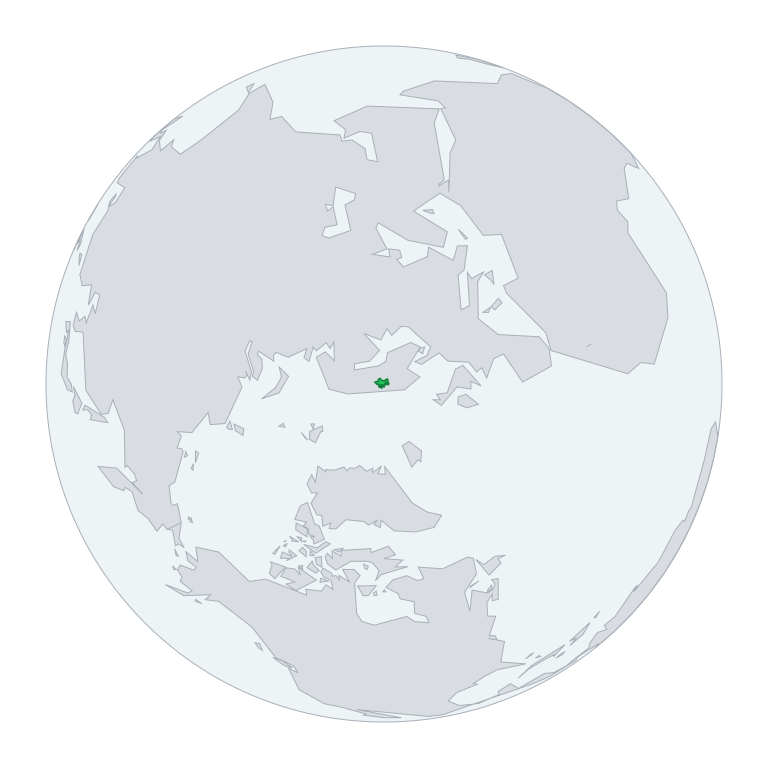 the Earth from above Nord-Trøndelag, rotated 230°
{"feature_id": "NOR-925", "entity_name": "Nord-Trøndelag", "entity_type": "County", "adm_level": 1, "iso_a3": "NOR", "parent_name": "Norway", "parent_adm1": "", "projection": "orthographic", "projection_center": [11.396, 64.165], "detail": "fine", "context": "on_globe", "style": "filled", "palette": "green", "viewbox_px": 768, "rotation_deg": 230, "n_neighbors": 0, "source": "natural_earth", "source_scale": "10m", "svg_char_len": 14529}
<svg xmlns="http://www.w3.org/2000/svg" viewBox="0 0 768 768"><g transform="rotate(230 384 384)"><circle cx="384" cy="384" r="338" fill="#eef3f6" stroke="#a8b0b8"/><path d="M46.2,376.8L47.0,381.9L49.6,364.9L50.2,356.1L49.0,353.5L53.7,321.8L59.1,304.4L93.0,216.2L100.7,204.5L107.4,197.8L152.2,153.8L117.3,182.7L128.3,169.6L143.4,155.5L142.6,158.2L162.9,144.3L177.4,132.8L204.3,122.5L227.7,128.2L218.5,132.3L225.2,133.7L237.2,128.7L243.5,125.2L282.9,126.6L323.8,117.6L333.7,108.4L333.9,115.9L350.6,94.5L370.9,87.6L349.8,99.5L349.0,104.1L363.7,101.1L366.1,105.2L374.5,106.3L376.1,111.6L363.6,118.7L364.4,122.4L374.7,120.2L382.8,124.5L367.5,127.1L380.0,135.0L361.5,149.4L319.3,153.9L310.7,167.9L271.8,189.1L277.0,192.2L265.6,202.9L267.4,210.6L259.6,212.8L267.7,217.2L274.5,213.8L280.3,214.6L282.0,219.0L272.4,222.4L270.1,220.7L268.2,224.0L262.7,223.9L266.4,226.4L254.6,230.3L268.6,233.1L261.2,241.8L252.7,242.6L250.6,233.8L225.7,215.5L216.5,214.4L205.6,221.3L191.3,252.0L182.3,254.8L172.4,264.9L178.6,267.1L188.6,260.1L197.8,267.2L209.0,258.3L214.3,260.0L227.0,254.8L228.2,265.1L222.5,278.2L212.0,283.2L209.2,289.3L221.7,292.5L204.7,310.2L197.8,336.6L193.0,340.4L179.1,332.7L172.7,311.9L154.7,303.8L169.5,319.0L157.3,329.0L156.7,335.0L159.1,340.5L165.0,340.7L161.5,346.4L145.6,333.0L148.5,327.6L153.5,331.8L150.4,322.3L139.6,314.2L134.3,320.3L123.6,302.9L119.7,307.3L115.2,306.2L122.1,300.3L109.4,310.8L96.0,294.8L78.4,312.8L92.3,287.1L95.2,273.9L97.2,259.9L94.1,262.5L100.8,241.6L99.9,229.4L89.2,235.0L78.6,250.9L72.2,272.6L75.1,273.8L73.1,288.4L64.3,291.3L59.2,320.6L53.8,328.6L50.9,342.1L50.9,354.3L50.1,371.2L53.1,374.9L56.4,387.7L52.7,396.9L57.4,397.7L57.3,411.1L66.0,442.6L64.4,442.2L71.2,479.3L84.5,512.3L87.5,525.2L85.4,525.8L91.3,536.6L91.5,539.3L120.3,581.0L139.5,605.9L141.8,613.7L131.6,607.4L132.7,609.9L116.4,590.3L101.6,569.6L88.4,547.8L76.9,525.1L67.2,501.6L59.2,477.4L53.1,452.7L48.9,427.6L46.6,402.3L46.2,376.8ZM73.4,316.4L68.0,355.0L66.2,338.2L67.4,340.2L69.8,329.2L72.6,311.7L72.4,297.8L73.4,316.4ZM81.8,321.8L82.4,315.8L82.5,321.1L81.8,321.8ZM245.9,123.1L237.2,128.3L225.4,131.4L232.4,126.6L245.9,123.1ZM268.6,118.8L265.2,122.0L258.1,119.6L262.2,118.4L268.6,118.8ZM340.2,101.1L332.7,103.3L339.2,99.8L340.2,101.1ZM375.4,105.6L376.8,103.7L380.6,105.1L375.4,105.6ZM225.5,249.6L226.2,252.1L223.5,251.8L225.5,249.6ZM230.3,245.0L226.7,242.7L228.4,240.2L230.6,241.7L230.3,245.0ZM386.5,114.6L392.1,117.7L384.2,115.8L386.5,114.6ZM234.5,248.4L232.0,236.1L235.1,231.9L246.3,233.9L234.5,248.4ZM394.0,120.3L408.0,128.1L412.2,124.5L408.0,139.5L397.6,127.7L387.1,125.7L393.6,123.9L394.0,120.3ZM275.9,210.8L268.8,214.6L273.1,207.5L275.9,210.8ZM277.3,206.0L282.4,183.6L293.7,180.4L289.7,188.4L303.1,181.4L306.1,190.9L299.4,196.9L291.5,197.0L298.7,200.6L277.3,206.0ZM403.4,146.8L404.9,149.9L400.9,148.1L403.4,146.8ZM282.9,214.5L283.0,210.1L292.8,207.0L294.5,215.2L290.8,213.6L282.9,214.5ZM305.1,175.1L312.7,174.5L317.3,181.9L320.8,182.7L307.1,190.9L305.1,175.1ZM289.4,216.5L295.2,219.6L292.1,225.1L283.6,218.6L289.4,216.5ZM294.6,202.7L299.3,201.7L297.3,205.0L294.6,202.7ZM284.3,247.0L284.1,241.5L289.2,239.3L284.3,247.0ZM297.5,220.4L298.5,218.5L300.5,217.1L303.6,220.2L297.5,220.4ZM311.3,195.7L311.6,199.0L317.1,192.7L320.7,198.2L310.9,202.8L316.7,203.1L317.8,204.9L308.6,206.7L311.3,195.7ZM312.6,219.4L301.4,227.5L300.7,238.0L296.1,240.1L298.2,222.9L312.6,219.4ZM311.1,211.7L311.0,216.9L305.4,216.8L301.9,213.2L311.1,211.7ZM326.7,200.4L323.7,190.7L325.9,190.1L326.7,200.4ZM313.5,222.4L316.2,220.4L314.1,223.2L313.5,222.4ZM323.9,207.1L322.5,203.7L325.1,203.1L323.9,207.1ZM322.7,219.4L319.1,221.9L316.6,219.5L322.7,219.4ZM324.2,213.8L328.1,213.8L317.9,217.1L323.1,212.4L324.2,213.8ZM326.6,207.1L327.7,205.6L326.8,208.6L326.6,207.1ZM334.1,227.4L322.0,232.2L316.5,226.7L329.1,222.7L334.1,227.4ZM721.4,366.0L721.5,376.9L719.7,374.3L718.3,380.1L714.9,368.5L706.4,362.6L706.2,380.0L702.5,373.5L690.9,375.6L688.5,400.5L687.3,448.8L693.2,467.4L690.1,485.4L671.2,480.1L659.9,466.7L654.8,477.6L633.9,478.4L603.0,510.4L597.0,507.9L591.5,516.4L576.5,520.8L566.8,515.2L558.4,522.0L584.0,535.6L592.8,528.1L597.9,511.3L603.6,518.1L617.8,514.9L607.7,549.8L559.2,603.2L551.9,590.4L501.6,561.4L501.7,554.8L501.4,554.2L500.6,553.2L498.7,564.5L489.2,556.9L518.7,583.4L524.8,595.9L558.5,604.5L556.0,608.4L566.1,607.5L595.2,582.1L595.9,587.0L583.7,617.5L541.1,664.1L545.4,672.6L539.9,681.2L510.2,696.5L509.8,697.6L483.6,706.9L456.7,714.0L429.4,718.9L401.7,721.5L385.4,717.6L396.9,711.9L394.7,706.5L368.7,690.6L374.6,679.7L367.0,674.5L351.7,675.0L342.7,667.9L333.2,666.8L272.2,658.9L252.3,644.2L225.5,603.8L235.5,594.5L235.0,577.4L302.3,533.5L319.2,540.9L375.2,536.3L382.6,538.8L378.8,554.8L423.1,570.1L434.0,555.7L471.3,557.4L494.3,549.4L497.6,517.7L459.8,530.3L450.5,517.4L478.5,494.8L511.1,483.2L508.5,477.9L485.6,473.1L490.7,458.5L477.4,470.3L484.6,474.3L476.4,482.0L469.4,478.8L471.4,473.7L461.0,474.3L453.7,499.3L460.2,506.1L434.2,516.5L442.6,529.0L436.3,536.8L419.9,518.7L419.7,510.7L391.2,490.7L389.1,499.9L415.8,519.6L408.5,518.9L405.8,532.3L402.1,521.5L373.4,498.2L348.4,503.3L320.5,533.2L305.1,533.3L290.2,523.9L296.3,491.4L330.2,494.9L332.8,484.2L322.6,466.4L333.7,469.3L333.7,462.7L346.2,463.0L360.4,447.7L372.5,446.1L374.9,425.3L381.4,421.9L378.2,435.0L382.4,443.6L412.3,439.3L417.1,434.1L416.2,421.2L424.5,421.9L419.8,409.9L435.4,401.2L412.5,402.1L410.8,387.6L418.4,374.6L413.8,370.2L401.4,391.5L400.2,399.9L405.7,406.8L398.7,430.9L389.2,435.7L380.9,411.6L366.4,416.0L366.3,396.0L399.8,349.7L415.4,338.5L448.1,349.3L446.4,359.7L433.7,360.8L448.4,372.7L445.8,365.5L452.7,366.4L452.9,353.4L457.8,353.4L449.5,341.1L455.6,339.7L460.7,347.5L466.1,327.8L477.7,321.7L476.6,317.3L472.1,314.3L489.9,309.0L488.2,306.0L481.8,306.5L474.3,301.0L468.1,289.4L474.6,288.2L477.7,292.2L494.1,299.1L501.4,310.4L503.4,308.8L498.6,298.8L478.7,290.3L473.1,283.7L482.9,286.2L478.9,284.8L478.2,281.1L483.5,276.6L472.9,273.2L455.9,236.8L464.6,224.8L475.2,230.8L470.2,205.6L480.4,195.1L474.4,195.4L468.0,184.3L464.7,187.4L461.4,186.8L443.3,160.7L444.2,154.0L429.6,144.2L426.5,144.5L425.1,148.8L408.0,139.5L412.2,124.5L419.0,124.4L417.1,115.4L432.8,116.8L444.9,114.2L463.3,121.7L471.2,119.3L469.5,116.1L479.1,110.9L504.7,112.0L491.5,125.1L454.5,128.3L470.3,127.9L468.9,132.4L475.9,135.1L486.8,134.7L486.7,132.0L515.6,155.5L546.3,166.2L538.7,153.8L542.6,147.9L570.9,151.6L617.2,186.8L622.8,181.2L628.8,183.7L636.5,194.4L628.0,191.0L628.2,198.4L622.2,195.1L631.7,211.9L623.5,208.0L634.9,223.4L639.8,221.8L634.5,208.1L647.9,223.7L653.3,216.0L663.3,221.4L685.6,256.8L694.4,284.1L696.9,288.0L695.5,294.5L701.1,311.8L709.5,308.9L711.9,313.8L717.4,342.2L716.2,339.4L712.6,356.6L717.3,371.7L720.2,361.5L721.4,365.6L721.4,366.0ZM282.4,563.2L281.3,568.6L282.4,563.2ZM548.1,484.6L565.9,473.5L553.4,459.8L559.2,454.5L552.8,452.0L552.4,458.9L536.1,450.5L542.1,439.4L537.6,432.0L531.4,435.4L523.0,457.3L546.3,469.2L544.1,479.8L548.1,484.6ZM66.4,443.5L67.0,449.0L65.3,444.0L66.4,443.5ZM63.5,339.3L63.5,346.1L62.7,350.9L62.2,346.3L63.5,339.3ZM70.0,394.7L71.3,403.0L68.9,395.9L70.0,394.7ZM67.7,360.8L68.9,388.5L64.4,375.8L64.1,358.5L65.8,368.3L67.7,360.8ZM76.7,323.7L76.2,328.5L74.6,328.8L76.7,323.7ZM81.9,325.7L81.7,324.2L83.0,320.9L81.9,325.7ZM158.3,329.8L159.5,331.0L160.8,337.1L157.9,335.4L158.3,329.8ZM180.8,358.2L174.7,366.9L177.0,359.3L171.7,358.4L170.0,341.7L190.5,341.5L181.5,344.4L180.8,358.2ZM173.5,320.0L172.2,330.2L172.8,319.1L173.5,320.0ZM321.2,427.6L326.5,432.7L323.3,440.2L307.9,443.3L312.3,432.3L321.2,427.6ZM334.8,438.1L330.8,414.1L340.3,411.6L335.6,417.0L342.3,417.7L336.6,426.7L349.5,448.3L347.5,456.4L320.1,457.1L330.1,452.2L324.3,447.4L334.8,438.1ZM304.1,361.2L302.5,351.8L325.0,358.3L323.9,366.3L308.5,369.7L300.7,362.2L304.1,361.2ZM254.6,254.9L252.6,251.7L255.2,250.6L259.1,252.5L254.6,254.9ZM283.8,244.6L266.4,268.1L263.2,265.6L256.9,283.0L245.8,283.1L250.3,271.7L237.1,285.1L236.7,274.9L228.7,284.9L239.8,259.4L238.9,251.1L244.1,260.3L254.2,260.3L258.3,257.9L269.4,244.8L272.5,227.4L283.0,225.1L289.6,228.1L290.5,231.9L283.4,232.1L289.6,237.1L280.0,240.4L283.8,244.6ZM361.2,270.5L352.6,268.1L363.5,280.6L353.9,283.2L355.8,284.5L350.0,290.4L346.1,299.9L341.3,299.7L341.9,303.5L338.0,307.7L337.2,313.0L328.4,314.5L326.6,321.2L323.4,318.2L322.8,329.4L319.3,321.8L314.0,326.8L320.2,331.5L274.6,329.2L258.2,334.8L246.4,343.8L242.0,330.2L250.2,313.3L264.9,297.4L281.4,294.3L276.4,288.9L282.8,285.9L284.0,291.4L285.9,281.3L291.5,280.3L304.6,267.5L303.9,253.9L308.6,249.1L311.7,253.9L314.3,245.8L323.4,251.7L327.0,248.5L339.5,251.4L343.4,263.0L347.2,258.5L356.9,260.8L361.2,270.5ZM337.6,228.6L344.4,241.4L342.5,249.2L321.4,241.0L316.9,243.1L303.3,238.5L306.4,227.4L310.0,229.7L314.2,229.3L311.5,232.9L316.8,229.8L321.9,232.9L327.4,231.4L328.1,235.9L337.6,228.6ZM389.5,532.3L394.9,532.6L403.1,531.2L401.5,539.8L389.5,532.3ZM369.6,516.8L374.3,515.6L376.1,526.6L370.4,526.5L369.6,516.8ZM375.4,505.8L374.4,514.7L371.6,509.8L375.4,505.8ZM382.4,433.3L387.2,431.3L388.3,434.2L386.4,439.0L382.4,433.3ZM391.7,309.7L387.0,306.7L388.1,304.6L383.0,293.8L389.7,291.3L395.4,296.8L391.7,309.7ZM492.1,525.3L486.4,533.3L482.4,531.8L485.2,529.3L492.1,525.3ZM442.5,539.4L454.6,540.4L441.9,541.7L442.5,539.4ZM398.1,305.1L395.3,300.9L400.4,302.3L398.1,305.1ZM394.3,288.9L400.1,289.4L389.9,289.7L394.3,288.9ZM549.3,678.7L561.0,669.9L577.6,658.3L586.6,649.8L589.6,650.5L574.1,663.4L549.3,678.7ZM721.8,393.9L718.5,402.1L719.7,391.2L721.8,373.4L721.8,393.9ZM694.3,467.5L700.0,469.5L697.7,477.3L694.3,467.5ZM699.4,263.2L705.7,280.7L698.9,262.3L699.4,263.2ZM693.3,249.7L694.6,251.8L694.9,253.8L693.3,249.7ZM700.2,292.0L701.9,300.8L700.3,299.0L697.1,286.8L700.2,292.0ZM670.9,226.6L677.2,232.1L679.7,235.4L677.4,235.7L670.9,226.6ZM451.3,280.6L450.9,298.2L455.1,309.9L464.4,314.6L451.2,315.8L444.7,297.8L451.3,280.6ZM454.7,242.2L446.5,238.6L450.0,235.5L452.3,235.8L454.7,242.2ZM449.8,243.3L439.8,247.9L435.2,242.9L443.9,240.2L449.8,243.3ZM419.2,276.3L418.6,281.6L414.5,280.2L419.2,276.3ZM694.2,250.0L689.8,240.3L690.7,242.1L694.2,250.0ZM695.1,252.0L693.8,249.5L691.5,244.1L695.1,252.0ZM688.1,236.7L685.7,232.1L686.0,232.5L688.1,236.7ZM690.3,244.6L688.4,237.5L693.8,251.5L686.4,241.8L683.5,234.7L690.3,244.6ZM626.1,170.3L622.6,169.8L617.9,163.4L621.7,165.5L626.1,170.3ZM599.2,143.2L615.5,161.5L627.9,177.2L627.5,173.8L636.5,180.6L633.4,183.8L619.5,170.2L611.2,159.0L603.3,154.9L593.1,145.7L584.9,144.4L578.3,140.0L583.2,137.9L599.2,143.2ZM581.7,144.5L563.7,140.3L557.9,130.2L560.6,128.8L571.3,134.8L573.7,139.8L581.7,144.5ZM557.7,136.5L559.9,141.4L538.0,148.4L532.0,147.5L545.5,136.1L548.3,140.2L554.7,140.5L557.7,136.5ZM408.0,148.6L405.2,149.8L405.9,147.0L408.0,148.6ZM459.7,188.8L455.3,187.4L456.3,184.0L459.7,188.8ZM443.5,182.1L445.4,186.9L440.7,182.3L443.5,182.1ZM450.3,197.6L444.9,189.0L453.9,196.6L450.3,197.6Z" fill="#d9dde1" stroke="#a8b0b8" stroke-width="1"/><path d="M391.3,378.2L391.2,378.4L390.9,379.0L389.7,381.4L390.5,381.9L390.8,382.0L391.1,383.6L391.1,383.8L390.7,384.7L390.6,384.8L388.7,384.4L388.1,384.6L387.5,385.0L387.3,385.2L386.8,386.1L386.3,387.0L386.0,387.3L386.2,387.9L386.2,388.1L385.6,389.2L385.8,389.7L384.7,389.7L384.2,388.9L382.9,388.8L382.7,388.7L382.6,388.2L382.4,388.0L382.3,387.8L382.4,387.7L382.5,387.6L382.8,387.6L382.6,387.5L382.6,387.4L382.8,387.3L382.6,387.3L382.4,387.5L382.1,387.6L382.2,387.4L382.3,387.2L382.6,387.0L382.7,386.8L383.1,386.6L383.3,386.7L383.6,386.4L383.8,386.2L384.2,386.2L384.1,385.9L383.9,385.9L383.7,385.8L383.3,385.9L383.2,385.8L383.2,385.7L383.4,385.5L383.5,385.4L383.8,385.2L384.1,385.1L384.2,384.9L384.3,384.8L384.2,384.9L383.9,384.8L383.7,384.8L383.6,384.7L383.9,384.4L383.6,384.5L383.5,384.8L383.4,384.9L382.9,385.3L382.6,385.6L382.2,385.8L381.9,386.0L382.0,386.0L382.2,385.9L382.4,385.8L382.7,385.6L382.8,385.6L383.1,385.8L383.0,386.1L382.9,386.1L382.9,386.3L382.7,386.6L382.3,386.8L382.1,386.8L381.9,387.1L381.7,387.2L381.4,387.4L381.2,387.5L380.9,387.6L380.8,387.4L380.9,387.1L381.0,387.0L381.6,386.5L381.7,386.4L381.7,386.1L381.9,385.8L382.0,385.6L382.4,385.2L382.5,385.1L382.5,384.9L382.5,384.7L382.8,384.3L382.7,384.2L382.6,383.8L382.8,383.7L382.9,383.2L382.7,383.2L382.2,382.7L381.9,382.4L382.0,382.3L382.1,382.5L382.3,382.5L382.5,382.8L382.6,382.7L382.4,382.5L382.5,382.5L382.5,382.4L382.4,382.3L382.2,382.4L382.2,382.2L382.4,382.2L382.5,382.1L382.6,381.9L382.6,382.0L382.8,382.1L382.8,381.9L382.9,382.0L382.9,381.9L382.9,381.7L382.9,381.4L383.2,381.6L383.2,381.9L383.3,381.9L383.4,382.1L383.4,382.3L383.5,382.4L383.9,382.4L383.8,382.6L383.7,382.8L383.6,383.1L383.8,382.8L384.0,382.6L383.9,382.5L384.0,382.3L384.3,382.2L384.6,382.2L384.1,382.2L384.2,381.9L384.4,381.9L384.3,381.7L384.5,381.7L384.4,381.8L384.7,381.6L384.9,381.5L385.0,381.4L384.7,381.5L384.6,381.4L384.4,381.4L384.4,381.5L384.5,381.4L384.5,381.6L384.4,381.6L384.1,381.3L384.1,381.2L384.0,380.9L384.2,380.7L384.3,380.6L384.5,380.6L384.4,380.4L385.0,380.3L385.1,380.2L384.9,380.2L384.6,380.1L385.0,380.0L385.0,379.9L384.7,380.0L384.8,379.9L385.0,379.7L385.3,379.5L385.5,379.5L385.7,379.3L386.1,379.4L385.9,379.2L385.6,379.2L385.5,379.3L385.3,379.4L384.9,379.7L384.6,379.8L384.6,380.0L384.4,380.1L384.2,380.2L384.1,380.4L384.0,380.5L383.7,380.6L383.9,380.4L384.1,380.2L383.9,380.2L383.6,380.2L384.3,379.9L384.7,379.7L384.8,379.6L384.7,379.6L383.6,379.9L384.0,379.5L384.3,379.7L384.5,379.6L384.3,379.6L384.2,379.5L384.2,379.4L384.4,379.3L384.6,379.4L384.8,379.3L384.9,379.2L385.1,379.2L385.2,378.8L385.4,378.7L385.5,378.7L385.5,378.9L385.6,378.7L385.7,378.8L385.9,378.9L385.9,379.0L386.0,379.1L386.6,379.1L386.9,379.2L387.1,379.3L387.4,379.3L387.5,379.2L387.8,379.1L387.8,378.9L388.1,378.7L388.3,378.4L388.8,378.4L389.4,378.3L389.6,378.4L391.0,378.1L391.3,378.2ZM383.7,381.7L383.8,381.8L384.1,381.8L384.1,382.0L383.8,382.1L383.7,381.9L383.5,382.0L383.3,381.7L383.6,381.6L383.2,381.5L383.1,381.4L383.1,381.2L383.4,381.2L383.6,381.4L383.7,381.5L383.7,381.7ZM383.2,379.7L382.8,379.9L382.6,380.0L382.6,379.9L383.3,379.3L383.5,379.5L383.4,380.0L383.2,380.0L383.2,379.9L383.1,380.0L383.1,379.9L383.2,379.7L383.2,379.7ZM382.6,379.8L382.4,379.9L382.4,379.6L382.5,379.5L382.9,379.3L383.1,379.2L383.3,379.2L382.9,379.5L382.6,379.8ZM384.9,378.4L384.9,378.5L384.7,378.6L384.8,378.7L384.7,378.8L384.6,378.7L384.5,378.8L384.4,378.8L384.3,378.7L384.5,378.4L384.8,378.4L384.9,378.4ZM383.9,381.0L383.9,381.3L383.7,381.4L383.6,381.2L383.4,381.2L383.5,381.1L383.4,381.1L383.5,381.0L383.8,380.9L383.8,381.0L383.9,381.0ZM384.2,381.5L384.1,381.8L383.9,381.6L383.9,381.3L383.9,381.2L384.0,381.4L384.1,381.5L384.2,381.5Z" fill="#22c55e" stroke="#15803d" stroke-width="1.5"/></g></svg>